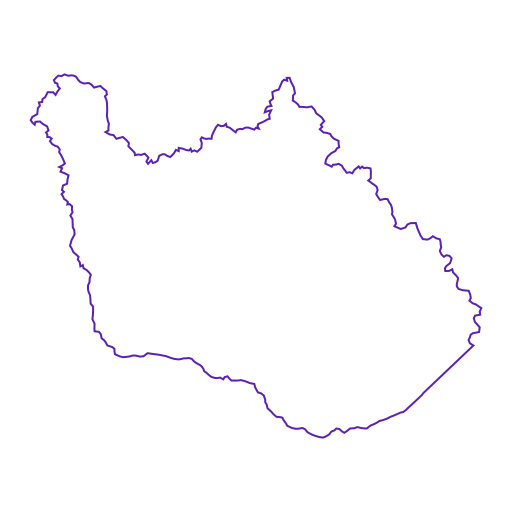 the district of Mozarlândia, Goiás, Brazil
{"feature_id": "56859067B29377413065156", "entity_name": "Mozarlândia", "entity_type": "district", "adm_level": 2, "iso_a3": "BRA", "parent_name": "Brazil", "parent_adm1": "Goiás", "projection": "orthographic", "projection_center": [-50.615, -14.833], "detail": "fine", "context": "isolated", "style": "outline", "palette": "violet", "viewbox_px": 512, "rotation_deg": 0, "n_neighbors": 0, "source": "geoboundaries", "source_scale": "gbopen_adm2", "svg_char_len": 5561}
<svg xmlns="http://www.w3.org/2000/svg" viewBox="0 0 512 512"><path d="M473.4,345.5L469.9,343.3L468.6,340.0L469.9,337.2L470.6,334.9L472.6,333.3L476.1,332.6L479.1,332.0L479.7,327.3L474.9,321.9L473.8,318.3L475.1,315.6L480.2,314.7L479.7,311.6L481.3,308.1L478.2,306.1L476.0,304.5L472.7,303.3L469.4,300.7L470.8,298.1L470.2,294.5L468.7,290.8L462.7,290.2L458.6,289.0L456.8,286.4L456.8,284.0L457.5,281.3L458.1,278.1L456.2,275.6L453.0,272.3L452.3,269.3L449.2,270.9L445.3,271.0L444.9,268.3L446.3,266.1L449.9,263.3L450.9,260.8L451.6,258.3L449.5,255.9L446.4,255.2L443.9,256.8L441.4,254.4L439.8,250.9L441.2,247.4L440.7,244.4L440.5,241.5L439.7,239.2L436.4,238.4L432.8,236.2L430.4,238.2L427.5,239.6L422.9,239.1L420.6,235.7L419.0,232.1L417.4,228.3L415.8,223.0L410.2,223.2L407.3,224.6L405.5,227.4L400.8,229.0L398.1,227.9L394.4,226.2L396.0,223.7L395.1,219.7L393.7,217.0L392.0,214.4L392.4,211.9L391.9,207.9L391.0,204.9L389.3,202.6L387.6,199.2L384.7,198.9L380.1,200.0L378.0,197.1L376.2,194.0L377.6,190.2L376.8,186.9L374.4,184.9L372.5,183.7L370.5,182.1L368.3,180.6L370.8,178.2L370.8,174.6L370.9,171.2L370.5,168.4L367.1,167.7L363.9,168.1L362.1,166.6L360.1,168.4L358.7,166.4L354.5,169.8L352.3,173.3L349.7,172.2L346.7,172.8L345.3,170.8L343.4,168.4L341.9,165.7L338.6,163.8L336.4,164.5L333.0,164.8L331.7,166.7L328.8,165.2L325.3,163.6L325.9,160.1L327.6,156.6L331.3,153.2L335.4,151.0L337.0,148.3L339.2,147.3L338.6,144.0L338.6,140.9L333.9,138.7L331.3,136.1L330.3,134.0L326.6,132.8L323.5,132.5L319.8,129.2L322.3,126.8L320.8,124.9L324.2,121.1L321.6,117.3L316.2,113.3L314.6,109.8L311.6,106.5L306.9,107.3L302.3,106.9L299.4,106.9L298.1,104.6L295.8,102.5L292.8,100.5L293.1,95.5L295.0,93.3L293.8,87.2L291.0,81.8L289.6,77.8L286.7,77.9L287.2,80.7L284.1,79.7L282.1,81.5L281.0,84.3L278.7,89.6L275.3,90.6L272.3,92.1L273.1,98.6L269.7,101.3L270.4,103.8L271.4,105.9L267.3,106.7L265.7,108.9L264.8,112.3L267.7,111.2L271.1,110.3L269.1,114.8L269.7,118.8L267.5,119.4L264.2,121.3L261.7,122.5L258.2,124.0L257.5,126.3L258.8,128.6L255.9,127.8L254.3,129.6L251.0,128.5L248.1,127.5L245.2,127.7L242.5,129.1L240.0,128.9L237.1,129.7L235.7,132.3L233.3,130.6L229.8,127.7L226.8,126.8L226.0,123.9L223.8,125.9L220.9,126.1L218.0,124.8L215.8,127.5L213.3,132.6L212.0,135.5L211.5,138.8L208.9,138.6L206.4,138.9L204.1,138.5L201.8,137.3L200.5,139.4L201.8,143.1L201.3,147.9L197.2,151.7L194.3,150.4L191.7,151.6L190.6,148.7L189.0,150.5L186.2,150.0L182.8,148.7L178.7,147.9L178.7,151.1L175.9,149.9L173.9,153.4L170.3,157.0L167.4,156.0L164.8,154.3L162.6,154.2L159.2,155.8L157.7,160.7L155.4,162.2L152.8,163.0L151.3,160.2L148.0,163.8L146.4,161.5L148.4,157.7L146.5,155.5L144.7,153.7L141.0,154.9L138.0,154.5L135.0,155.2L134.6,152.6L128.4,146.3L128.9,143.0L126.3,140.0L122.9,137.0L119.8,137.8L116.4,138.8L113.5,135.1L109.7,134.5L105.5,132.1L108.5,130.4L108.4,127.7L108.9,123.7L107.8,120.7L106.9,116.0L107.2,110.4L107.1,105.7L107.0,103.0L106.4,99.8L104.9,96.3L106.9,94.5L106.3,91.0L102.6,88.1L100.4,86.0L97.5,86.6L94.1,87.6L91.4,84.6L88.8,83.0L83.8,83.5L80.2,82.0L78.1,79.8L76.0,76.7L73.6,75.6L71.2,75.3L68.5,75.8L64.4,74.4L61.5,76.1L58.3,75.6L56.2,77.6L53.9,80.1L55.0,82.8L57.3,83.4L57.8,86.4L59.8,88.4L57.2,91.9L55.6,94.9L53.2,92.3L50.8,92.3L47.7,92.2L45.2,97.2L42.5,99.1L42.2,102.0L38.9,102.4L39.9,105.7L37.9,108.1L37.2,114.2L32.4,116.8L30.7,120.1L32.2,122.4L34.7,124.7L35.4,121.8L39.9,121.5L43.1,124.1L47.1,126.4L48.5,130.4L46.0,132.5L47.3,134.4L47.3,137.0L49.6,137.1L51.7,138.6L49.9,141.1L52.2,144.1L55.2,145.8L57.8,146.7L59.7,149.4L59.2,152.2L61.5,155.9L63.1,159.2L64.9,163.5L62.5,165.4L59.3,167.0L62.1,168.2L60.5,171.7L64.8,173.3L68.5,175.3L67.5,179.3L67.1,183.7L63.0,185.5L62.0,190.1L63.9,191.8L61.5,194.2L63.0,196.3L64.1,199.0L66.1,200.3L67.9,202.1L67.3,204.5L69.6,204.1L72.1,206.3L71.9,209.6L72.5,212.3L70.4,215.6L72.5,219.1L72.8,227.6L74.2,229.7L74.6,234.4L71.6,240.0L70.0,245.8L71.5,248.0L73.3,252.0L78.6,256.8L77.8,259.5L79.7,262.2L80.4,266.4L82.8,265.1L83.5,268.2L86.7,270.1L89.2,272.6L90.8,274.8L89.7,278.3L89.5,282.1L88.0,285.5L88.0,289.5L88.6,291.9L90.1,295.4L90.4,299.1L90.6,303.6L93.1,306.6L93.1,311.3L92.8,315.8L92.4,319.2L94.5,323.5L94.5,326.3L94.4,328.7L94.6,331.3L98.9,331.8L100.8,334.2L101.7,338.4L104.1,340.2L105.6,342.2L107.4,345.5L112.2,347.0L114.4,348.8L114.5,351.7L115.0,354.2L117.7,355.5L120.3,356.5L122.9,357.2L126.9,356.8L130.3,356.3L132.6,355.5L135.3,355.5L140.0,356.6L143.4,356.3L147.6,353.2L150.9,353.7L158.6,354.7L161.7,355.3L165.9,356.1L168.6,357.1L171.4,358.1L174.8,359.0L178.9,359.4L181.6,358.9L183.9,358.3L186.3,358.3L188.9,358.0L191.8,358.9L194.0,361.4L196.6,363.2L199.9,365.0L201.8,366.5L203.3,368.7L204.2,371.2L206.2,372.6L209.5,375.5L211.4,376.9L214.6,377.9L217.2,378.1L220.1,377.6L223.3,379.3L224.7,377.1L227.5,376.3L229.3,378.5L231.3,380.5L234.4,380.5L238.1,380.5L240.8,380.1L244.6,381.0L250.2,383.2L254.3,383.9L255.3,387.7L257.9,392.4L261.2,393.4L263.8,395.5L265.2,399.7L265.2,402.1L266.6,404.5L267.5,408.2L271.1,411.5L273.6,414.3L276.4,416.8L280.2,417.1L282.4,417.7L283.4,419.8L285.8,423.2L287.3,425.8L292.0,428.0L295.9,428.8L298.4,428.7L302.4,428.0L304.9,429.1L307.5,432.2L310.1,433.7L312.7,434.9L316.3,436.2L319.6,437.1L323.0,437.6L325.8,436.5L329.0,434.6L331.3,431.6L334.4,430.4L336.3,428.5L339.3,429.0L342.1,431.5L344.3,432.8L347.1,430.9L350.1,428.5L354.4,428.2L357.3,427.1L362.0,428.2L364.4,428.4L366.8,428.5L369.0,426.7L371.2,425.2L373.7,424.3L376.8,422.7L379.4,421.0L382.9,420.1L386.9,418.7L390.8,416.7L393.9,415.5L400.8,412.5L403.1,412.1L406.0,409.9L408.7,407.3L413.3,403.1L419.3,397.5L421.9,395.0L423.3,393.1L425.1,391.4L473.4,345.5Z" fill="none" stroke="#5b21b6" stroke-width="2"/></svg>